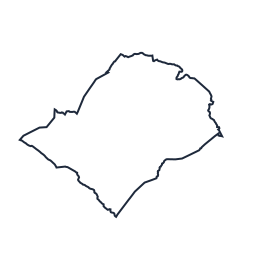 the district of Monte Santo, Bahia, Brazil, rotated 305°
{"feature_id": "56859067B5378838319311", "entity_name": "Monte Santo", "entity_type": "district", "adm_level": 2, "iso_a3": "BRA", "parent_name": "Brazil", "parent_adm1": "Bahia", "projection": "orthographic", "projection_center": [-39.443, -10.381], "detail": "fine", "context": "isolated", "style": "outline", "palette": "slate", "viewbox_px": 256, "rotation_deg": 305, "n_neighbors": 0, "source": "geoboundaries", "source_scale": "gbopen_adm2", "svg_char_len": 4383}
<svg xmlns="http://www.w3.org/2000/svg" viewBox="0 0 256 256"><g transform="rotate(305 128 128)"><path d="M53.1,143.0L52.4,143.7L52.4,144.9L52.0,146.2L51.7,147.2L51.7,148.3L51.3,149.6L51.3,150.8L51.5,151.8L50.8,152.3L49.9,152.9L49.7,154.0L49.5,155.1L49.5,156.3L49.4,157.4L49.4,158.4L50.1,158.9L50.9,159.4L51.3,160.3L50.4,160.8L49.6,161.6L49.2,162.3L49.5,163.4L50.0,164.3L50.2,165.1L50.0,165.9L49.4,166.6L48.6,167.4L48.4,168.3L48.4,169.2L51.0,169.0L70.0,169.7L71.2,169.8L76.3,170.0L79.8,170.1L92.8,172.9L99.0,177.3L103.1,180.1L103.9,179.8L104.7,179.4L105.6,180.0L106.9,179.6L107.8,178.5L108.6,178.3L109.2,177.5L110.1,177.2L110.7,177.6L111.5,177.8L112.2,177.4L112.9,177.3L113.6,176.6L114.4,176.5L115.2,177.0L116.0,176.8L116.8,176.9L117.7,176.8L118.4,176.3L119.4,176.9L120.6,177.0L121.5,176.6L122.4,176.7L123.2,177.0L124.0,177.2L124.8,177.8L129.5,184.8L134.0,189.8L139.5,192.9L142.2,194.4L150.5,199.0L151.4,199.1L152.8,198.9L153.4,199.6L154.5,199.4L158.6,200.3L171.1,203.8L175.3,205.2L174.7,205.8L173.8,206.5L174.1,207.6L174.8,208.7L175.2,209.8L178.0,204.5L178.4,203.7L178.5,202.8L179.4,203.1L180.2,203.0L180.9,202.1L180.3,201.2L179.9,200.4L180.5,200.0L181.2,199.6L181.7,198.5L181.9,197.8L182.5,196.9L182.7,195.9L183.1,195.0L183.8,193.9L183.7,193.1L183.8,192.3L183.7,191.4L183.5,190.5L183.7,189.5L184.5,188.4L184.9,187.5L186.3,187.1L187.3,186.6L188.0,185.6L187.9,184.4L188.5,183.5L189.8,183.5L191.1,183.1L191.9,182.7L192.8,182.0L193.7,181.0L194.6,181.4L194.7,182.4L195.3,183.0L196.1,183.5L197.0,183.3L198.3,182.9L198.2,181.8L197.9,180.8L198.3,179.9L199.2,179.8L199.6,179.1L200.8,178.7L201.9,178.2L202.7,176.9L203.2,175.9L203.8,174.7L204.4,173.7L206.3,158.0L206.6,155.3L206.7,154.5L206.6,153.6L206.0,152.8L205.6,151.8L205.0,151.0L204.7,150.2L204.7,149.2L205.2,148.5L205.3,147.8L205.4,146.9L205.4,146.1L205.2,145.3L204.6,144.7L203.5,144.5L202.7,144.3L201.9,144.4L200.7,144.1L199.6,143.3L198.3,143.0L197.5,142.3L197.0,141.5L196.2,140.6L195.9,139.7L196.6,139.1L197.3,138.8L199.1,138.9L200.1,138.5L201.2,138.5L202.7,138.0L203.6,137.8L204.1,138.5L204.7,139.5L205.4,139.9L206.3,139.5L206.9,138.8L207.1,137.6L207.2,136.4L207.6,135.2L207.6,134.3L207.3,133.3L207.4,132.5L206.8,131.6L206.6,130.9L206.6,130.0L206.6,129.2L205.9,128.3L205.4,127.5L205.1,126.4L204.6,125.4L203.8,124.7L203.3,123.6L203.1,122.6L202.9,121.8L202.7,120.8L202.3,119.8L201.9,119.2L201.6,118.3L201.2,116.4L200.9,115.7L200.5,115.0L200.4,114.2L200.4,113.5L200.7,112.6L198.8,111.3L197.6,110.9L197.4,110.1L199.9,107.7L201.3,106.4L200.7,105.9L200.1,104.9L199.3,103.9L198.7,102.8L198.4,101.8L197.8,100.8L197.6,99.4L197.5,98.4L197.7,97.7L197.6,96.4L197.0,95.5L196.5,95.0L195.5,94.6L194.6,94.0L193.9,93.2L193.4,92.6L193.1,91.8L192.4,90.8L191.2,90.3L190.2,90.3L189.3,89.7L188.5,89.2L187.5,88.4L186.1,87.5L185.9,86.0L185.5,84.7L184.5,84.2L184.7,82.7L184.8,81.8L184.3,79.7L176.1,79.2L175.3,79.3L174.7,78.7L173.9,78.6L172.8,78.6L171.6,78.7L170.7,78.5L169.6,78.6L168.6,78.6L167.4,78.8L166.3,78.8L165.3,79.3L161.7,78.5L162.1,79.3L162.1,80.0L149.8,73.9L148.4,73.8L146.2,73.9L138.4,73.9L128.3,74.0L126.2,74.5L113.3,77.4L112.4,77.6L110.4,77.9L110.6,76.9L110.6,76.1L110.7,75.0L110.0,73.9L109.3,73.3L108.4,72.0L107.8,70.9L107.9,69.9L107.3,69.2L106.4,68.2L102.9,68.6L103.1,67.8L102.9,66.7L103.2,65.9L102.8,64.8L102.0,64.5L101.3,63.4L100.9,62.4L100.4,61.5L100.5,60.7L101.0,60.1L101.3,58.9L101.2,57.3L99.2,58.5L94.2,61.7L82.0,60.8L77.6,55.3L68.3,50.3L64.9,48.5L61.7,46.8L56.2,46.2L56.4,47.1L56.8,47.9L56.8,48.8L56.8,50.0L56.7,50.9L56.8,52.1L56.9,53.2L56.7,54.3L56.7,55.4L56.8,56.7L57.0,57.6L57.4,58.8L58.2,59.4L58.3,60.5L58.3,61.7L58.2,62.5L58.2,63.6L58.1,64.7L58.1,65.5L58.1,66.4L58.1,67.3L58.0,68.9L57.9,70.1L57.7,71.2L57.7,72.1L57.7,72.9L57.7,73.8L57.6,74.8L57.4,76.0L57.1,76.9L56.9,77.7L56.8,78.6L56.6,79.7L56.5,80.8L56.7,81.8L56.9,82.8L56.9,83.5L56.8,84.3L56.7,85.2L56.5,86.3L56.4,87.3L56.3,88.0L56.1,89.1L55.6,90.1L55.1,91.3L54.6,92.1L60.4,98.7L60.6,99.6L61.0,100.3L61.3,101.0L62.1,109.8L61.9,110.9L62.2,112.0L61.4,112.5L60.7,113.2L60.4,114.4L60.1,115.4L59.5,116.2L58.1,116.5L56.9,116.8L56.4,117.8L56.2,118.6L56.1,119.4L55.8,120.2L55.9,121.4L56.0,122.7L55.8,123.6L56.1,124.2L56.5,125.2L56.4,126.2L56.4,127.1L56.6,128.3L56.8,129.5L56.5,130.7L56.6,131.6L56.8,132.4L57.2,133.2L57.6,134.4L57.7,135.7L56.9,136.8L56.2,137.1L55.8,137.9L56.0,138.8L55.8,140.2L55.1,141.4L54.3,142.7L53.1,143.0Z" fill="none" stroke="#1e293b" stroke-width="2"/></g></svg>